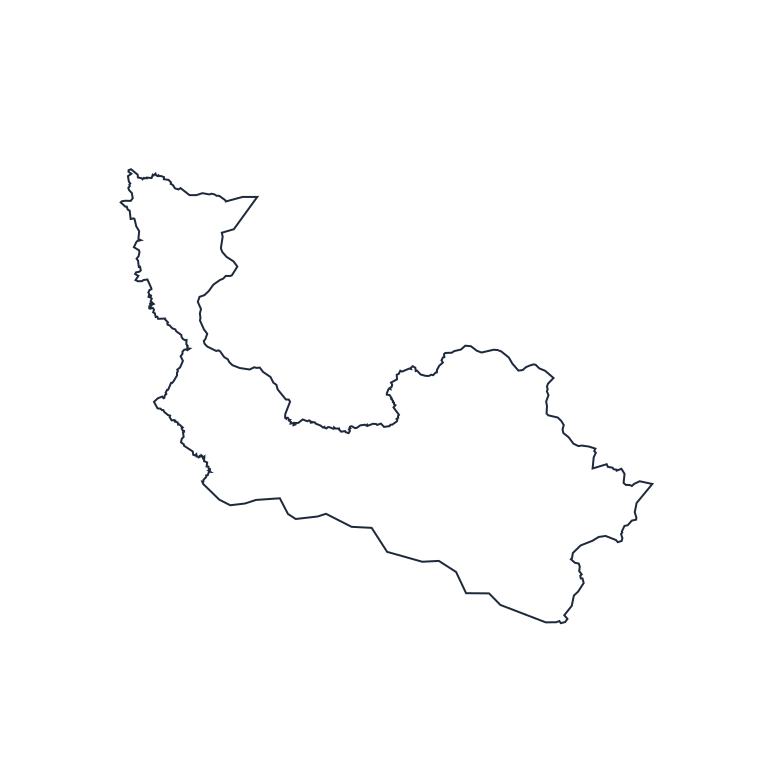 Ejisu Municipal, Ashanti, Ghana (Mercator projection), rotated 162°
{"feature_id": "2480657B74771824828795", "entity_name": "Ejisu Municipal", "entity_type": "district", "adm_level": 2, "iso_a3": "GHA", "parent_name": "Ghana", "parent_adm1": "Ashanti", "projection": "mercator", "projection_center": [-1.391, 6.614], "detail": "fine", "context": "isolated", "style": "outline", "palette": "slate", "viewbox_px": 768, "rotation_deg": 162, "n_neighbors": 0, "source": "geoboundaries", "source_scale": "gbopen_adm2", "svg_char_len": 6166}
<svg xmlns="http://www.w3.org/2000/svg" viewBox="0 0 768 768"><g transform="rotate(162 384 384)"><path d="M159.7,206.0L170.9,212.5L177.0,211.7L179.8,210.4L181.5,212.0L185.2,213.3L186.7,215.9L183.0,224.2L184.4,230.0L189.5,229.7L189.4,230.7L192.0,232.0L192.5,233.8L196.7,236.0L197.0,238.9L211.7,239.2L207.2,249.5L203.8,253.1L204.8,255.3L202.9,257.2L208.5,261.2L214.8,264.3L218.3,264.9L222.3,268.7L224.8,276.2L228.6,282.0L228.2,285.7L225.7,289.4L226.9,294.3L229.1,298.4L237.5,303.5L238.5,305.7L235.8,312.7L235.2,317.2L231.0,322.6L231.4,326.6L229.9,328.6L229.9,331.0L228.0,333.6L220.9,337.3L226.7,346.8L231.5,350.9L233.9,355.5L236.0,356.5L239.5,356.5L243.7,356.2L247.8,354.4L252.0,355.2L255.6,363.6L257.1,370.6L262.3,378.6L265.5,381.2L269.1,382.7L281.5,383.8L285.3,386.8L289.7,393.1L294.8,395.3L300.2,393.0L307.1,393.6L309.8,392.8L316.2,394.6L317.8,393.7L318.3,390.9L319.8,391.0L322.0,388.7L321.4,386.2L325.8,384.3L329.3,381.0L330.1,378.7L331.1,379.0L334.6,377.2L336.0,378.2L338.8,377.8L342.0,378.9L346.2,381.7L348.6,386.7L349.8,386.6L349.2,389.8L351.2,392.1L353.8,390.8L353.7,390.0L355.2,390.9L363.0,390.2L364.4,391.6L366.9,389.0L369.0,388.9L370.2,384.4L376.9,383.2L376.4,380.9L377.5,379.0L379.2,378.5L379.4,377.2L380.4,378.2L381.3,377.7L384.2,374.3L384.6,373.0L382.1,371.7L381.1,367.9L381.8,367.6L380.6,365.3L381.2,363.9L380.2,363.2L380.7,361.5L379.7,360.3L382.2,358.8L379.3,350.0L380.7,349.1L380.9,347.5L382.8,346.9L382.3,346.0L383.3,344.5L388.7,342.8L390.5,343.3L391.7,342.2L397.2,343.2L399.2,347.3L403.2,347.2L403.8,348.3L406.8,349.6L412.5,349.3L412.5,350.4L413.7,349.9L414.5,351.1L419.3,352.0L423.4,350.7L425.2,351.0L427.7,353.8L429.3,354.0L430.3,353.1L429.8,352.1L431.4,351.6L430.9,349.9L432.8,348.2L435.3,350.0L435.5,351.2L439.5,351.9L440.8,354.6L440.5,355.6L443.5,356.4L444.8,358.0L445.0,357.1L445.9,357.0L449.4,359.9L450.7,360.3L452.5,359.5L454.0,360.8L453.9,361.6L455.4,361.4L457.1,364.0L461.3,367.5L461.4,368.6L464.2,370.2L464.2,369.6L465.6,369.8L465.7,371.8L466.6,372.6L468.3,372.2L472.3,375.4L477.5,373.5L480.4,374.3L480.6,372.9L482.8,372.8L481.9,374.9L485.1,375.2L484.3,376.8L485.6,378.5L484.6,379.0L485.4,379.4L485.9,381.6L487.6,382.0L487.8,381.4L488.5,382.4L487.2,385.9L478.8,396.2L479.4,398.6L482.1,399.6L486.8,411.7L486.6,416.5L488.8,419.4L489.8,425.8L495.2,432.7L497.1,438.0L500.3,438.7L502.2,440.0L507.3,439.3L516.3,443.8L522.3,448.7L524.4,452.6L524.9,455.7L527.7,459.0L529.7,465.5L530.9,467.1L533.4,467.3L540.5,474.2L542.2,477.7L542.1,480.6L540.0,481.9L536.6,486.4L538.4,491.6L539.4,501.4L538.2,503.3L537.3,508.0L534.9,511.8L535.7,519.7L532.5,523.9L527.3,524.0L522.0,526.5L515.6,531.2L507.9,533.6L504.3,533.9L501.1,535.7L496.7,534.2L494.9,534.5L487.2,541.0L489.2,547.1L494.5,553.6L497.0,559.5L497.2,563.5L491.9,574.0L491.5,578.0L479.0,577.6L446.7,601.1L460.6,605.6L478.1,606.5L478.2,607.9L482.6,613.9L485.0,614.7L486.5,616.6L489.3,618.3L491.4,618.2L497.7,621.6L504.1,621.6L510.6,623.7L517.0,633.2L519.2,632.5L522.3,634.6L523.4,638.7L525.0,640.2L524.3,641.5L525.8,644.7L530.1,646.8L529.3,648.7L531.8,650.7L534.2,651.4L534.1,652.2L535.2,651.9L536.3,652.9L536.3,654.7L538.8,653.6L539.3,654.4L541.4,651.7L545.3,653.4L545.9,652.9L546.4,653.7L547.9,653.4L548.6,654.2L550.4,653.3L550.8,654.5L554.2,656.5L553.6,659.2L558.2,666.4L560.8,666.3L561.4,664.9L559.3,662.0L563.3,660.8L564.1,655.2L563.3,653.2L564.6,652.2L564.6,650.8L566.6,649.5L566.5,647.1L564.8,643.5L565.6,638.3L568.3,636.4L573.3,638.2L576.9,638.8L578.3,638.1L575.2,632.6L573.8,632.1L573.9,629.2L572.3,627.4L574.0,619.2L570.9,618.9L570.3,617.9L570.9,610.4L569.6,605.1L572.8,597.7L570.8,595.9L574.5,596.2L575.7,595.5L579.6,591.4L575.7,586.9L575.8,584.9L577.9,581.4L580.6,579.6L579.8,577.4L581.0,571.1L579.8,571.0L580.2,567.2L581.8,566.4L585.3,566.8L586.7,565.5L584.2,562.7L588.2,559.6L586.2,557.7L582.3,556.6L580.7,557.2L576.7,556.5L575.7,546.9L575.9,546.0L577.9,545.9L579.8,544.0L579.5,541.9L581.0,539.6L580.3,539.1L578.8,540.6L578.2,540.1L579.4,538.3L578.5,537.0L580.3,534.9L578.3,531.3L579.4,531.2L580.0,532.7L581.2,533.0L581.7,532.6L580.5,531.2L581.0,530.4L583.2,530.4L583.9,528.5L583.0,527.9L582.4,529.7L581.7,528.0L580.2,527.6L579.8,525.7L581.4,523.5L580.1,522.0L580.4,518.3L578.8,518.0L578.7,515.8L572.0,513.9L572.3,513.2L570.4,509.3L571.4,508.5L571.5,507.3L569.7,505.9L568.1,502.3L565.6,500.4L565.3,498.3L561.6,493.3L562.0,491.1L561.3,488.9L559.5,487.0L558.2,486.9L559.7,483.0L558.9,480.9L559.5,480.8L559.9,478.7L557.8,477.7L560.5,476.9L561.8,478.2L563.5,478.3L565.7,477.0L566.3,475.0L568.8,473.2L568.1,468.1L572.8,462.8L576.2,461.5L576.0,460.0L577.4,458.7L578.2,456.1L583.1,451.8L585.0,450.5L586.1,450.9L591.0,445.3L592.1,445.5L594.4,443.1L594.1,441.8L596.0,440.9L597.3,438.6L598.1,438.6L598.9,440.6L603.5,440.3L608.3,438.1L606.9,430.8L604.2,429.6L603.2,427.8L601.9,427.3L601.6,425.3L599.1,421.3L597.2,420.0L598.1,418.8L597.2,415.0L594.8,414.6L594.5,413.1L593.7,413.4L593.5,412.1L592.1,411.2L592.3,409.0L591.3,409.0L588.9,404.9L590.1,404.6L589.9,402.1L588.7,401.2L588.9,400.3L590.1,400.1L590.9,395.6L593.2,394.4L595.1,391.3L593.0,388.3L593.3,387.1L586.7,378.9L587.3,375.6L586.0,374.6L584.2,375.3L584.7,373.0L583.5,372.7L583.1,371.5L581.9,371.5L581.3,372.5L580.3,371.8L579.8,372.7L578.9,371.4L579.1,369.6L577.3,370.4L579.0,366.3L576.4,364.0L578.2,360.4L576.5,359.7L577.0,356.8L575.9,356.7L576.4,355.4L577.4,355.5L576.3,354.1L577.6,354.6L579.8,351.8L581.4,352.0L581.8,350.5L585.2,348.7L585.9,347.1L587.1,347.5L586.8,344.7L576.4,324.9L567.7,316.2L553.2,313.3L541.6,313.3L518.4,307.5L515.5,290.1L509.7,282.9L488.0,278.5L479.3,278.5L459.0,258.2L440.2,251.0L432.9,223.4L402.5,203.1L386.5,198.8L373.5,182.9L370.6,159.7L348.8,152.4L341.6,137.9L303.8,107.3L293.8,104.2L290.5,104.4L289.7,101.9L285.3,101.6L282.1,103.9L284.0,108.4L274.0,115.0L268.8,124.1L263.5,126.6L255.6,133.0L255.3,137.7L256.9,138.3L256.6,141.0L254.8,141.8L256.2,145.8L254.2,149.8L254.3,153.1L257.6,154.9L260.4,159.6L259.0,160.3L256.6,164.9L246.9,169.7L234.2,170.5L227.1,172.2L220.2,171.0L211.7,164.0L210.5,161.3L206.5,161.3L204.9,163.7L204.9,168.1L203.3,169.1L203.4,170.2L199.2,174.7L195.8,174.4L190.5,177.5L186.1,177.1L185.2,179.2L185.2,184.5L180.5,192.8L159.7,206.0Z" fill="none" stroke="#1e293b" stroke-width="2"/></g></svg>